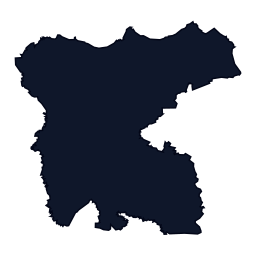 Tangerang, Banten, Indonesia
{"feature_id": "22746128B62876177397182", "entity_name": "Tangerang", "entity_type": "district", "adm_level": 2, "iso_a3": "IDN", "parent_name": "Indonesia", "parent_adm1": "Banten", "projection": "albers", "projection_center": [106.513, -6.182], "detail": "fine", "context": "isolated", "style": "filled", "palette": "ink", "viewbox_px": 256, "rotation_deg": 0, "n_neighbors": 0, "source": "geoboundaries", "source_scale": "gbopen_adm2", "svg_char_len": 5750}
<svg xmlns="http://www.w3.org/2000/svg" viewBox="0 0 256 256"><path d="M197.6,233.9L200.9,232.4L200.9,231.0L199.4,226.9L195.2,223.1L195.2,220.9L199.6,218.2L203.2,213.8L201.5,212.0L201.9,209.3L202.3,208.0L204.1,207.7L203.3,206.6L200.7,207.3L200.1,206.7L202.3,202.4L201.1,201.0L200.4,197.7L199.1,196.6L199.2,194.2L201.4,191.5L200.4,189.3L196.9,187.9L194.9,185.1L194.6,183.3L197.5,181.2L198.0,179.1L195.4,177.3L196.4,174.4L194.8,171.5L193.4,166.5L193.6,163.5L189.2,160.1L190.8,156.8L185.5,153.6L184.0,154.9L179.0,154.7L178.2,153.2L174.5,154.5L174.0,153.4L175.7,152.4L175.7,150.7L173.3,150.5L175.1,147.8L169.1,146.4L170.5,143.5L168.5,141.9L167.7,142.9L166.0,143.0L165.2,142.0L164.1,146.5L164.7,147.1L164.0,149.2L162.3,151.3L162.8,151.9L157.7,150.7L156.2,148.2L152.1,147.7L152.2,147.0L151.0,146.9L151.0,145.8L150.1,146.3L147.2,145.2L149.7,142.2L143.2,139.4L142.1,137.9L140.0,138.2L140.8,137.2L140.5,135.6L139.6,135.5L140.0,132.7L139.4,132.6L139.6,131.5L140.5,131.6L139.9,130.5L140.8,129.0L141.2,129.4L144.9,127.7L145.0,126.9L147.2,126.7L147.1,125.7L149.3,123.8L151.5,123.8L155.6,122.1L155.3,120.9L156.4,119.1L157.6,119.1L158.1,116.4L160.4,116.3L162.9,114.1L162.4,114.1L162.1,108.0L175.5,107.8L176.9,103.6L174.1,100.4L176.0,98.3L176.0,95.0L178.1,93.2L179.8,93.1L181.2,91.9L184.7,91.4L185.6,92.2L186.5,91.6L186.1,89.9L188.7,83.1L189.8,83.0L189.6,83.7L190.9,83.5L192.6,84.4L192.1,85.8L192.6,89.9L209.6,83.2L208.8,81.5L211.9,81.0L212.1,78.9L212.7,78.6L221.5,77.2L227.5,77.9L228.6,77.0L232.9,77.4L234.3,75.8L238.4,74.7L239.3,75.0L240.6,73.4L240.5,72.2L234.6,64.0L231.8,53.6L232.2,48.7L234.7,47.0L233.8,46.8L233.5,44.7L231.7,42.2L229.2,41.6L228.2,40.3L228.4,39.3L226.7,38.8L226.2,36.5L225.5,36.9L223.4,36.0L219.9,33.8L214.2,28.4L207.2,33.2L205.7,33.8L204.3,33.4L201.5,32.0L201.8,31.0L198.4,28.7L197.1,26.2L197.6,25.9L196.2,24.0L193.6,23.9L192.9,21.8L190.0,23.9L187.1,24.8L186.5,26.8L184.9,28.4L181.7,29.5L175.9,34.2L172.5,35.7L168.5,36.2L168.5,37.0L165.3,37.3L164.2,38.4L160.0,39.8L149.9,39.2L143.5,35.8L140.3,35.9L135.0,32.2L133.2,29.3L132.6,29.7L131.0,28.4L130.8,27.6L131.3,27.3L129.9,27.1L126.6,29.5L126.3,31.5L123.1,38.1L123.9,39.3L121.8,40.4L122.4,40.9L120.1,39.5L119.4,40.6L118.5,40.0L117.6,41.1L116.5,40.4L114.3,43.2L107.3,47.1L98.9,48.3L94.0,47.3L87.8,43.7L85.2,43.1L84.7,42.2L77.7,40.8L75.4,39.1L75.3,37.3L74.6,37.5L74.4,39.6L69.0,39.8L62.1,36.9L59.8,35.1L57.8,35.0L56.4,38.2L55.2,39.1L51.5,38.8L49.6,37.3L48.8,38.0L47.1,37.2L45.5,38.0L43.8,37.3L44.4,38.6L43.9,39.3L42.3,37.8L42.2,39.3L40.8,38.4L40.9,39.9L39.1,41.4L38.4,43.5L35.8,44.8L34.6,46.9L33.7,42.9L31.2,43.6L26.3,47.8L26.0,48.7L27.0,49.3L26.9,50.2L25.2,50.2L22.6,54.8L20.9,54.6L21.9,56.1L21.6,57.7L15.4,58.1L15.7,64.8L20.6,71.9L22.2,72.2L22.2,73.0L23.2,73.4L22.1,74.2L22.2,75.1L23.6,75.3L23.1,77.9L21.7,78.3L22.3,80.2L23.2,80.4L22.9,81.2L21.4,81.4L22.0,85.6L22.6,86.3L23.9,85.8L25.0,87.7L28.5,89.4L30.1,91.7L28.7,92.3L31.9,95.8L34.4,96.9L37.5,96.7L38.4,100.2L41.8,103.5L46.5,110.2L46.5,113.2L45.5,113.5L43.9,112.9L43.5,113.5L46.6,115.2L46.6,116.2L45.1,116.6L47.1,118.0L46.8,118.8L45.6,118.3L45.1,118.8L45.5,120.8L47.5,121.3L46.3,121.6L46.0,122.9L44.3,124.0L44.3,124.9L45.7,124.7L45.4,126.3L44.6,127.0L43.5,126.4L42.5,128.3L42.5,130.4L39.3,130.5L39.2,132.1L38.0,131.3L35.5,133.5L34.9,136.1L38.1,136.1L38.7,139.0L37.1,139.4L37.4,141.4L34.9,143.2L35.9,145.5L35.0,145.7L34.2,144.4L33.5,144.4L32.7,146.0L33.6,147.3L33.3,148.2L32.0,148.2L32.7,147.6L32.2,146.5L31.2,147.2L31.5,149.1L33.5,149.6L35.1,151.2L38.9,149.5L38.1,150.3L39.9,150.8L41.1,152.7L40.2,154.2L42.8,155.0L42.4,155.7L43.3,156.4L41.6,157.5L42.6,161.0L41.4,162.2L41.8,162.8L43.0,162.3L43.0,163.7L44.2,165.0L43.3,165.8L43.4,166.9L42.2,167.3L42.6,169.5L40.8,175.0L42.5,174.7L43.7,176.6L42.0,177.4L43.4,178.8L44.6,178.9L43.7,179.8L44.5,180.9L43.5,182.8L44.6,183.7L46.3,182.5L46.8,184.7L48.0,185.5L47.4,186.3L45.7,185.3L45.2,186.6L46.6,187.6L46.4,189.0L47.7,193.4L49.7,195.4L50.1,197.6L50.1,199.5L47.6,200.4L48.4,201.4L47.6,205.6L46.6,205.0L46.1,205.5L48.1,206.7L50.4,206.8L49.0,207.4L50.7,208.4L49.9,209.3L49.5,211.9L51.2,211.5L50.2,212.6L50.3,213.4L52.1,212.4L52.5,213.5L51.3,215.4L51.7,216.1L50.7,216.4L53.4,217.2L53.6,218.1L52.7,218.9L53.9,220.9L57.1,220.4L56.4,223.0L56.8,223.8L58.6,223.3L58.9,224.5L60.1,224.4L60.7,225.5L61.6,224.6L62.9,226.3L63.8,224.7L66.9,225.9L68.6,225.6L75.5,212.5L77.0,211.9L78.5,210.0L88.5,202.6L89.5,200.4L91.3,199.4L92.8,201.0L92.6,202.3L93.6,201.9L95.4,202.6L95.3,203.7L95.9,203.6L96.7,205.7L96.5,207.1L97.2,207.1L97.8,209.5L99.6,210.6L100.0,212.1L99.4,213.0L100.1,214.3L99.8,215.6L98.6,216.2L99.2,216.5L98.6,217.6L99.7,220.7L99.1,222.4L99.6,222.5L98.8,223.2L95.5,223.3L95.4,227.3L100.0,228.0L103.5,229.6L108.7,230.2L110.4,229.0L110.7,224.5L115.8,229.8L119.0,229.0L120.4,229.8L122.1,228.4L122.2,226.8L124.6,226.4L126.6,224.9L125.9,223.9L127.6,222.6L127.1,221.6L127.9,220.7L126.8,219.5L125.8,220.5L123.6,220.2L124.8,218.7L123.6,218.2L123.7,217.1L122.8,217.3L121.9,216.2L121.2,217.0L120.2,215.9L118.1,216.3L118.2,214.9L116.7,214.6L117.8,213.5L117.1,212.5L118.4,211.6L118.5,212.5L119.9,212.5L120.2,213.3L120.6,212.5L124.5,212.5L125.0,211.8L126.3,212.8L125.9,213.9L127.2,214.3L126.8,214.9L129.1,215.3L129.2,216.3L131.7,215.6L132.9,216.9L133.8,216.2L133.8,217.3L136.0,217.4L137.9,216.4L139.4,216.8L137.8,217.3L139.7,217.4L139.6,218.5L140.9,217.9L142.2,218.7L143.1,221.2L143.9,220.9L143.9,219.1L144.5,220.1L146.7,220.6L148.1,219.4L149.2,220.2L152.0,220.0L153.2,220.8L152.9,222.0L154.0,221.6L153.9,220.0L154.5,220.0L154.6,221.1L157.7,223.6L157.4,224.3L160.3,225.2L160.3,225.7L161.0,225.3L160.5,227.7L161.9,228.1L160.7,230.4L162.0,230.6L161.3,230.9L162.4,231.9L163.6,231.8L164.1,234.2L166.4,234.1L165.8,232.6L166.6,231.9L169.7,233.7L184.5,233.1L197.6,233.9Z" fill="#0f172a" stroke="#020617" stroke-width="1.5"/></svg>